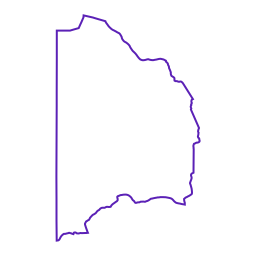 Mojuí dos Campos, Pará, Brazil (orthographic projection)
{"feature_id": "56859067B52819076626777", "entity_name": "Mojuí dos Campos", "entity_type": "district", "adm_level": 2, "iso_a3": "BRA", "parent_name": "Brazil", "parent_adm1": "Pará", "projection": "orthographic", "projection_center": [-54.48, -3.076], "detail": "fine", "context": "isolated", "style": "outline", "palette": "violet", "viewbox_px": 256, "rotation_deg": 0, "n_neighbors": 0, "source": "geoboundaries", "source_scale": "gbopen_adm2", "svg_char_len": 3901}
<svg xmlns="http://www.w3.org/2000/svg" viewBox="0 0 256 256"><path d="M56.7,240.6L58.2,240.4L59.0,239.9L59.5,239.3L60.5,237.3L61.6,235.7L63.3,234.2L63.9,233.9L65.0,233.9L65.9,233.7L67.0,233.4L68.0,233.2L69.1,232.8L69.8,233.0L71.1,233.3L72.3,233.8L73.4,234.1L73.9,232.7L75.0,232.4L76.0,232.7L76.7,233.3L78.3,233.5L79.3,233.3L80.4,233.0L81.5,233.1L82.6,233.1L85.2,233.0L86.2,233.0L87.9,232.8L87.3,231.4L87.1,230.7L86.0,227.7L85.0,224.5L85.0,223.6L86.1,221.5L87.3,220.8L87.8,220.4L88.9,219.9L89.6,218.8L90.1,217.7L91.1,216.6L92.3,215.3L92.9,214.8L94.3,214.1L95.6,213.2L96.1,212.7L97.1,211.3L97.8,210.7L99.3,209.8L100.0,208.9L100.5,208.5L101.5,207.9L103.0,207.7L104.2,207.8L105.0,207.6L105.9,207.1L106.9,206.8L109.1,207.0L110.6,206.8L111.5,205.3L112.4,204.4L113.0,203.9L114.6,202.8L115.5,202.1L116.9,201.2L117.6,200.3L117.7,199.0L117.3,197.7L117.3,196.7L117.8,196.2L118.7,195.9L120.6,195.1L121.6,195.0L123.3,194.7L124.8,194.6L126.0,194.6L127.1,194.8L127.8,195.0L129.0,195.6L129.8,196.2L130.8,197.1L131.4,197.8L132.0,198.9L132.8,200.1L134.1,201.1L134.7,202.1L135.2,202.7L135.9,202.9L137.7,202.4L138.6,202.3L139.4,202.3L140.7,201.7L141.7,201.7L142.7,201.6L143.6,201.6L145.0,201.8L146.4,201.2L147.2,201.0L148.5,200.4L150.4,199.1L151.0,198.7L152.0,198.6L153.2,198.3L155.1,197.9L156.3,197.7L157.8,197.4L158.8,197.4L160.7,197.1L165.1,197.2L166.0,197.3L167.6,197.6L169.6,198.0L170.7,198.3L171.6,198.7L172.5,199.4L173.0,199.9L174.1,201.2L175.4,202.3L176.2,202.8L177.3,203.1L178.7,203.4L180.0,203.6L181.2,203.9L182.0,204.1L183.3,204.3L184.8,204.6L184.8,203.9L184.8,202.8L184.3,201.2L184.2,200.5L184.1,199.8L184.1,198.9L184.8,198.3L185.6,197.6L186.2,197.3L187.3,196.8L188.1,196.3L189.2,195.8L190.3,195.1L191.0,194.6L191.6,194.2L191.9,193.5L192.0,192.8L191.9,190.9L191.6,188.6L191.1,186.7L190.8,185.6L190.5,184.5L190.1,183.7L190.0,183.0L190.9,180.4L191.2,179.7L191.4,179.0L191.6,178.3L191.6,177.5L191.4,176.6L191.1,175.9L191.0,175.0L191.2,174.3L191.7,173.6L192.7,173.1L193.5,172.7L193.7,148.9L193.5,148.0L193.6,147.3L193.4,146.4L193.4,145.6L193.7,144.6L194.0,143.8L195.1,143.4L195.9,142.9L196.7,142.6L197.7,142.6L198.9,142.1L199.5,141.5L199.6,140.6L199.3,139.7L199.3,139.0L199.0,138.2L198.2,137.6L197.9,136.5L198.2,135.2L198.4,134.2L198.4,133.5L198.6,132.8L198.1,131.8L198.1,130.9L198.3,130.1L198.5,129.3L198.8,128.6L199.0,128.0L190.9,109.5L191.3,108.4L190.9,107.6L190.7,106.6L191.0,105.7L191.3,105.1L191.1,104.3L191.6,103.7L191.8,102.9L191.4,102.0L191.4,100.9L191.6,100.1L192.0,99.5L192.9,99.1L182.9,83.2L182.3,82.5L181.7,82.0L181.1,81.6L180.2,81.5L179.1,81.8L178.1,81.6L176.9,81.1L175.5,81.1L174.6,80.7L174.4,80.0L174.5,79.1L174.3,77.9L173.6,77.2L171.5,75.9L171.0,74.8L170.8,73.8L170.8,72.9L170.8,72.2L170.5,71.6L170.3,70.9L170.0,70.2L169.7,69.4L169.2,68.5L169.0,67.6L168.9,66.6L168.5,65.6L168.0,64.8L167.8,63.5L167.1,62.7L166.5,62.1L165.9,61.6L165.9,60.7L163.6,59.5L162.0,59.1L160.6,58.8L159.2,58.9L158.3,59.1L156.2,59.6L154.9,59.8L153.5,60.1L151.9,60.1L150.5,59.9L149.4,59.6L148.2,59.2L147.1,59.4L145.8,59.8L145.0,60.0L143.7,60.2L142.5,60.2L141.7,60.0L140.4,59.5L139.7,58.9L138.8,58.0L138.2,57.2L137.7,56.6L136.6,55.0L136.1,54.4L135.5,53.6L134.9,53.0L134.0,52.1L132.9,51.1L132.4,50.5L131.9,49.8L131.3,48.9L130.7,48.0L130.0,46.8L129.6,45.8L129.2,45.3L128.7,44.7L128.0,44.0L126.9,43.1L126.1,42.5L125.5,42.2L124.6,41.7L123.7,41.0L123.2,40.3L122.4,39.3L121.9,38.1L121.6,36.8L121.0,35.7L120.4,34.7L120.0,34.1L119.3,33.3L118.6,33.0L117.9,32.6L116.9,32.1L115.8,31.4L115.2,31.1L113.9,30.4L112.6,29.8L111.3,28.9L110.6,28.2L109.7,27.4L108.5,26.1L107.9,25.2L107.1,24.1L106.5,23.3L105.8,22.3L105.4,21.2L98.8,19.3L94.4,18.0L93.2,17.6L92.4,17.4L83.6,15.4L83.5,16.5L83.5,17.3L81.8,21.2L81.2,22.6L80.3,24.5L78.7,28.1L74.1,29.4L70.0,30.6L56.8,30.6L56.8,31.3L56.8,35.2L56.8,57.5L56.8,58.5L56.7,92.2L56.7,93.6L56.7,99.2L56.7,105.6L56.4,176.5L56.5,199.0L56.5,220.9L56.7,240.6Z" fill="none" stroke="#5b21b6" stroke-width="2"/></svg>